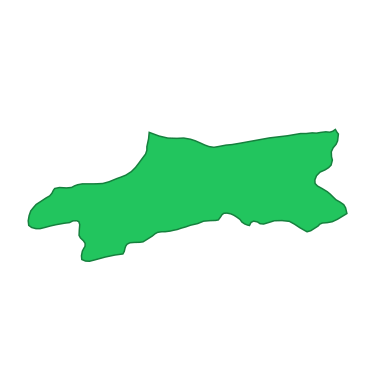 outline of Douya-Onoyè, Ngounié, Gabon, rotated 280°
{"feature_id": "22940354B97081518304262", "entity_name": "Douya-Onoyè", "entity_type": "district", "adm_level": 2, "iso_a3": "GAB", "parent_name": "Gabon", "parent_adm1": "Ngounié", "projection": "natural_earth1", "projection_center": [11.048, -1.613], "detail": "fine", "context": "isolated", "style": "filled", "palette": "green", "viewbox_px": 384, "rotation_deg": 280, "n_neighbors": 0, "source": "geoboundaries", "source_scale": "gbopen_adm2", "svg_char_len": 2180}
<svg xmlns="http://www.w3.org/2000/svg" viewBox="0 0 384 384"><g transform="rotate(280 192 192)"><path d="M243.3,139.5L236.9,140.0L228.8,139.7L225.3,140.3L221.3,139.7L215.8,136.9L211.3,134.7L206.5,132.2L201.5,128.7L197.1,123.9L194.3,119.4L192.2,115.7L187.7,108.6L184.9,102.7L183.3,95.7L182.1,89.1L181.0,82.7L179.3,78.1L177.6,75.2L175.6,72.7L174.2,67.7L173.4,60.7L171.6,56.2L169.6,55.2L166.5,54.3L163.5,52.6L160.7,49.2L156.7,45.0L152.7,40.7L149.4,38.7L145.4,36.5L140.5,35.7L135.2,35.7L130.8,37.0L129.2,40.2L128.8,44.8L129.5,48.7L131.5,53.2L134.0,58.5L136.2,63.8L139.2,72.0L140.6,76.7L142.9,79.7L143.7,83.5L143.1,85.7L140.4,87.1L135.1,87.6L129.7,88.3L127.4,90.1L125.0,93.7L122.8,95.7L119.8,96.1L117.9,95.3L114.8,94.3L110.0,94.2L106.4,95.2L105.5,99.1L106.0,103.1L108.0,107.5L112.9,117.9L116.5,126.9L119.0,134.7L121.7,135.6L125.2,135.8L127.4,136.2L129.3,137.1L131.2,139.6L132.3,143.8L133.4,149.2L134.4,152.4L136.7,155.0L139.6,158.2L141.8,160.6L144.4,162.8L146.2,165.0L147.5,168.6L148.3,172.7L149.7,177.2L151.2,180.7L152.5,184.0L154.5,187.6L156.5,191.8L159.0,196.2L161.9,203.1L165.3,208.5L167.0,215.0L168.1,220.2L169.1,222.8L172.3,224.4L174.9,225.5L176.6,227.1L177.3,230.1L177.2,234.1L176.4,237.2L175.1,240.4L173.3,244.1L171.1,246.3L169.7,249.4L169.1,252.4L169.0,254.4L172.3,255.4L174.0,257.7L173.9,261.7L172.6,264.5L172.9,268.1L175.3,272.9L178.0,278.1L179.5,285.6L180.0,293.0L178.1,298.6L175.6,304.3L173.9,309.0L172.8,312.2L174.5,315.7L180.4,322.1L182.5,323.4L184.1,325.8L185.3,330.5L187.1,335.3L190.4,340.0L197.7,348.3L203.1,346.0L205.9,343.6L207.8,339.5L209.3,335.2L211.4,332.1L213.9,328.5L215.8,325.1L218.0,319.5L219.7,314.5L221.8,311.7L225.3,310.9L229.7,311.8L233.8,314.6L236.9,319.2L239.7,322.3L242.6,324.3L247.8,324.7L250.9,323.3L255.8,322.2L260.0,323.3L264.0,325.6L267.6,326.5L274.5,326.1L276.0,324.4L278.5,322.3L276.3,320.1L274.8,317.3L274.5,313.3L273.0,308.3L271.6,304.4L271.1,300.1L269.4,294.3L268.4,288.7L263.9,276.1L258.7,258.8L248.4,230.9L245.6,223.0L244.1,217.4L241.4,210.3L239.8,205.8L239.7,200.8L240.5,196.3L241.7,191.7L243.0,186.3L243.7,181.4L243.7,174.5L242.2,167.8L240.9,158.9L241.4,149.8L243.3,139.5Z" fill="#22c55e" stroke="#15803d" stroke-width="1.5"/></g></svg>